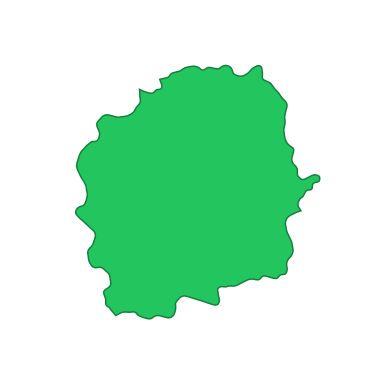 outline of Santo Domingo Norte, Santo Domingo, Dominican Republic, rotated 107°
{"feature_id": "3306468B69906942456290", "entity_name": "Santo Domingo Norte", "entity_type": "district", "adm_level": 2, "iso_a3": "DOM", "parent_name": "Dominican Republic", "parent_adm1": "Santo Domingo", "projection": "albers", "projection_center": [-69.908, 18.61], "detail": "fine", "context": "isolated", "style": "filled", "palette": "green", "viewbox_px": 384, "rotation_deg": 107, "n_neighbors": 0, "source": "geoboundaries", "source_scale": "gbopen_adm2", "svg_char_len": 5670}
<svg xmlns="http://www.w3.org/2000/svg" viewBox="0 0 384 384"><g transform="rotate(107 192 192)"><path d="M210.1,302.6L212.2,300.1L213.8,298.2L215.6,296.5L217.5,295.0L218.9,294.3L221.0,293.4L224.1,291.7L225.6,291.2L227.1,290.9L228.7,290.8L231.1,290.7L233.4,290.9L234.9,291.1L236.2,291.7L236.8,292.0L237.2,292.5L239.0,295.2L240.0,296.1L241.2,296.9L242.6,297.4L244.0,297.5L245.5,297.3L246.1,297.0L246.7,296.7L247.6,295.6L249.7,292.1L250.3,290.9L251.4,288.1L253.4,284.2L254.6,281.4L256.3,278.3L257.8,275.0L258.6,273.8L259.7,272.8L260.9,272.0L261.6,271.7L263.2,271.4L265.5,271.3L268.8,271.4L271.2,271.6L272.7,272.0L274.0,272.5L275.9,273.5L277.2,274.0L277.9,274.1L279.4,274.2L280.1,274.1L281.4,273.6L283.9,272.4L286.7,271.2L287.4,270.8L289.3,269.3L291.0,267.5L291.9,266.3L292.6,264.8L292.7,264.1L292.7,262.6L292.3,261.3L291.0,258.3L290.8,257.6L290.7,256.1L290.9,255.4L291.3,254.1L292.6,251.6L293.4,249.6L294.2,248.3L295.1,247.2L296.2,246.2L297.5,245.5L299.5,244.6L302.0,243.3L303.3,242.8L304.1,242.7L305.6,242.8L307.0,243.4L308.2,244.2L310.5,246.1L311.7,246.9L312.3,247.1L313.0,247.2L313.7,247.2L314.4,246.9L315.6,246.2L318.0,244.4L319.3,243.5L320.6,242.9L324.0,241.9L325.0,241.2L325.8,240.2L326.6,237.8L327.1,236.7L328.6,234.9L330.3,232.0L332.4,228.9L329.2,225.6L328.1,224.4L327.1,223.0L326.8,222.3L326.3,220.8L325.2,216.4L324.1,214.0L323.7,212.7L323.6,212.1L323.7,210.8L324.2,209.8L325.1,208.5L325.4,208.0L325.9,205.8L326.2,203.4L326.2,200.9L326.2,198.4L326.0,196.8L325.6,195.3L325.0,194.1L324.5,193.6L322.5,192.1L321.5,191.1L320.7,190.0L320.1,188.6L319.7,186.2L319.5,179.5L319.2,177.8L318.6,176.4L317.7,175.2L316.5,174.3L315.1,173.6L313.4,173.3L311.7,173.2L309.1,173.4L306.7,174.0L303.8,175.1L303.1,175.2L301.9,175.0L298.2,173.5L296.8,172.9L295.7,172.0L294.7,170.9L293.9,169.7L293.6,168.9L293.3,167.2L293.2,165.4L293.3,150.1L293.6,139.4L293.4,137.0L292.8,135.5L292.3,134.9L291.8,134.4L291.1,134.2L289.7,133.9L288.3,134.0L287.5,134.2L286.2,134.7L283.2,136.5L278.3,138.8L277.1,139.0L276.4,138.8L275.8,138.5L274.8,137.7L274.1,136.6L273.8,136.0L272.9,132.1L272.6,131.5L271.3,129.6L271.0,129.0L269.9,125.0L269.3,123.5L268.3,122.1L267.2,120.8L261.0,114.5L259.9,113.2L258.8,111.8L258.1,110.3L257.8,109.5L257.5,107.9L256.9,104.0L256.4,102.6L256.0,102.1L255.0,101.4L252.9,100.5L252.4,100.2L251.9,99.8L251.5,99.2L251.2,98.6L250.9,97.1L250.7,94.7L250.7,89.0L250.4,87.4L250.0,86.1L249.6,85.5L249.1,85.1L248.0,84.5L246.4,83.8L245.4,83.1L244.8,82.2L244.0,80.0L243.2,79.0L242.7,78.6L241.4,78.2L240.7,78.1L239.3,78.2L238.5,78.3L237.2,78.7L234.1,80.2L232.6,80.6L231.1,80.7L229.6,80.6L228.1,80.3L224.3,78.5L222.8,78.1L220.5,78.0L219.0,78.1L218.2,78.3L216.9,78.9L211.0,81.9L209.0,83.5L203.4,88.7L201.4,90.2L198.7,91.5L195.6,93.2L194.1,93.6L192.6,93.9L191.0,93.8L189.5,93.6L188.0,92.9L186.6,92.0L184.7,90.3L182.3,87.7L180.5,85.7L178.1,82.3L175.1,85.9L173.9,86.7L172.5,87.2L170.9,87.3L169.3,87.2L167.8,87.0L166.4,86.4L164.6,85.0L164.0,84.7L162.6,84.3L158.8,83.6L157.5,83.1L156.9,82.7L156.5,82.2L155.4,79.6L155.1,79.1L154.7,78.7L154.2,78.4L153.1,78.2L152.0,78.3L150.0,78.9L148.9,78.7L147.9,78.1L147.0,77.3L145.6,74.7L144.8,73.9L144.2,73.6L143.0,73.5L141.3,73.9L140.7,74.2L140.2,74.7L139.7,75.3L139.5,76.0L139.4,76.7L139.4,78.1L139.7,79.6L140.0,80.3L140.4,81.0L141.4,82.4L146.6,87.7L147.4,89.0L147.7,89.7L147.9,90.4L147.7,91.7L147.2,92.9L146.0,95.0L145.1,96.0L143.9,96.6L140.6,97.5L139.9,97.8L138.7,98.5L137.3,100.0L135.6,103.1L134.7,104.2L133.7,105.1L132.4,105.9L131.7,106.1L130.1,106.5L123.6,106.7L122.1,107.0L121.5,107.3L120.9,107.8L120.2,108.9L118.9,112.8L117.8,114.8L116.8,116.0L115.6,117.2L114.4,118.3L113.0,119.1L106.4,122.2L104.7,122.6L99.6,123.1L98.0,123.4L96.5,123.9L93.9,125.1L92.5,125.5L90.1,125.8L83.3,126.1L81.6,126.4L80.8,126.7L79.6,127.4L78.1,129.0L77.4,130.2L76.1,132.7L75.0,134.3L72.0,138.1L71.3,139.3L69.5,142.7L66.1,147.1L65.3,148.5L64.9,149.2L64.5,150.7L64.0,155.1L63.7,156.4L63.4,157.0L62.9,157.6L62.4,158.0L61.8,158.3L60.5,158.7L58.5,159.1L57.1,159.6L53.1,161.6L52.5,162.0L52.1,162.5L51.7,163.1L51.6,163.8L51.6,164.5L51.7,165.2L52.3,166.6L53.9,168.3L55.7,169.9L57.0,170.8L60.5,172.4L61.9,173.2L63.2,174.2L65.0,175.9L66.0,177.2L66.8,178.6L67.1,179.4L67.4,180.9L67.5,183.2L67.3,184.7L67.0,186.1L66.3,187.3L65.8,187.7L63.2,189.6L61.8,191.1L61.5,191.7L61.0,193.2L60.9,193.9L60.9,195.5L61.2,197.0L61.5,197.7L62.2,198.9L63.7,200.4L65.7,201.8L66.2,202.3L66.5,202.9L66.8,203.6L67.1,205.1L67.5,209.9L67.9,212.2L68.5,213.4L68.9,213.9L70.4,215.0L71.2,215.8L71.9,216.7L72.2,217.3L72.3,217.9L72.3,218.5L72.2,219.0L71.1,222.0L70.9,224.2L71.0,226.5L71.2,227.3L71.8,228.7L73.1,231.2L74.1,233.2L75.3,235.0L76.8,236.5L79.5,238.5L80.2,239.5L81.3,241.3L83.8,245.3L84.7,246.2L85.8,246.9L88.7,248.0L89.7,248.9L91.9,252.5L93.7,255.8L97.1,253.2L98.8,252.0L100.0,251.6L101.3,251.5L102.0,251.7L102.6,252.0L103.0,252.5L103.3,253.0L104.0,254.8L104.7,255.9L105.7,256.6L107.6,257.5L108.7,258.4L109.2,259.0L109.7,260.6L110.0,263.2L109.8,267.9L109.2,272.2L111.8,271.1L116.1,269.7L119.2,268.2L120.6,267.9L121.4,267.9L122.8,268.0L127.3,269.9L131.8,270.9L132.5,271.2L133.9,272.0L135.2,273.0L136.4,274.2L137.5,275.4L138.5,276.7L139.2,278.1L140.1,280.2L141.7,283.4L142.2,284.9L142.4,286.5L142.7,294.2L143.0,295.8L143.6,297.2L144.5,298.4L145.6,299.4L146.1,299.8L151.9,302.6L153.3,303.0L154.1,303.0L155.6,302.7L156.3,302.4L157.6,301.6L161.2,298.5L162.6,297.7L163.3,297.4L165.6,297.0L167.2,296.9L168.6,297.0L170.0,297.4L170.6,297.7L171.2,298.1L171.9,299.2L172.9,302.1L173.7,303.1L177.6,305.8L178.8,306.5L181.6,307.7L184.8,309.4L186.3,309.9L187.9,310.2L189.6,310.4L194.7,310.5L197.3,310.5L198.9,310.3L200.6,310.0L202.1,309.4L204.1,308.0L210.1,302.6Z" fill="#22c55e" stroke="#15803d" stroke-width="1.5"/></g></svg>